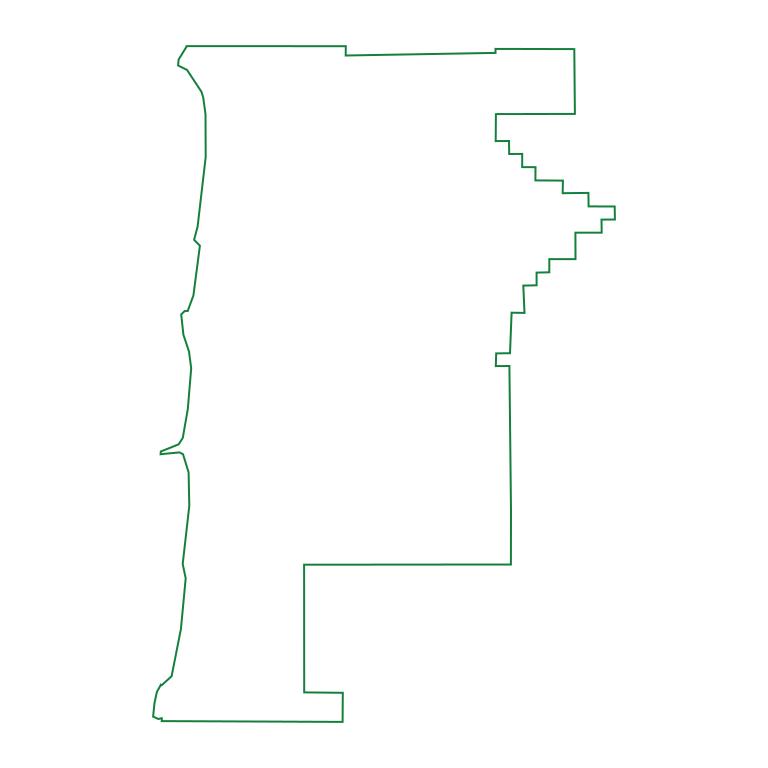 outline of Tillamook, Oregon, United States of America
{"feature_id": "52423323B79399989430329", "entity_name": "Tillamook", "entity_type": "district", "adm_level": 2, "iso_a3": "USA", "parent_name": "United States of America", "parent_adm1": "Oregon", "projection": "orthographic", "projection_center": [-123.717, 45.414], "detail": "fine", "context": "isolated", "style": "outline", "palette": "green", "viewbox_px": 768, "rotation_deg": 0, "n_neighbors": 0, "source": "geoboundaries", "source_scale": "gbopen_adm2", "svg_char_len": 1135}
<svg xmlns="http://www.w3.org/2000/svg" viewBox="0 0 768 768"><path d="M509.4,366.0L495.8,366.1L496.2,353.4L510.0,353.2L511.6,312.7L524.5,312.9L523.3,285.6L536.6,285.3L536.6,272.6L549.3,272.3L549.3,259.1L575.5,259.1L575.4,232.7L601.7,232.7L601.5,219.6L614.9,219.5L614.7,206.5L588.6,206.4L588.4,192.9L562.7,193.2L562.9,180.6L535.4,180.4L535.5,167.2L522.2,167.1L522.2,153.9L509.2,154.0L509.0,141.0L495.7,141.1L495.9,114.1L574.9,113.9L574.3,49.1L495.5,48.9L495.5,52.9L345.7,55.5L345.8,46.2L186.6,46.1L186.5,46.7L178.6,59.6L178.1,65.5L187.0,69.9L201.4,91.7L203.2,97.4L205.5,114.1L205.7,157.0L197.6,226.6L194.1,239.8L199.3,245.1L199.9,245.7L193.4,295.5L187.7,311.0L184.9,310.9L181.2,314.4L183.4,334.7L189.0,351.6L191.2,368.3L187.8,409.1L182.8,437.8L178.7,444.3L160.8,451.5L160.6,454.2L179.3,452.4L183.0,454.2L188.6,472.4L189.3,506.0L182.7,564.0L185.7,578.3L180.9,629.2L171.6,676.2L161.7,685.2L160.9,684.7L156.9,691.9L154.5,703.0L153.1,716.6L158.4,719.0L161.7,718.2L161.9,720.0L161.7,721.1L342.6,721.9L342.8,692.8L304.2,692.4L304.1,564.7L510.9,564.5L511.0,511.2L510.0,419.8L509.4,366.0Z" fill="none" stroke="#15803d" stroke-width="2"/></svg>